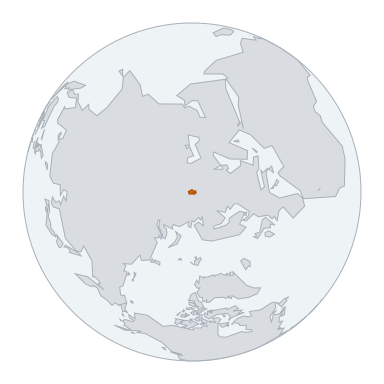 globe centered on Mariy-El, rotated 190°
{"feature_id": "RUS-2385", "entity_name": "Mariy-El", "entity_type": "Republic", "adm_level": 1, "iso_a3": "RUS", "parent_name": "Russia", "parent_adm1": "", "projection": "orthographic", "projection_center": [48.096, 56.579], "detail": "fine", "context": "on_globe", "style": "filled", "palette": "amber", "viewbox_px": 384, "rotation_deg": 190, "n_neighbors": 0, "source": "natural_earth", "source_scale": "10m", "svg_char_len": 12239}
<svg xmlns="http://www.w3.org/2000/svg" viewBox="0 0 384 384"><g transform="rotate(190 192 192)"><circle cx="192" cy="192" r="169" fill="#eef3f6" stroke="#a8b0b8"/><path d="M155.1,27.1L156.3,26.9L164.8,25.3L175.2,25.2L177.8,29.4L173.4,29.1L174.5,30.4L180.2,31.0L183.7,31.1L195.4,38.6L213.6,44.5L221.4,44.1L218.1,46.2L234.2,44.3L245.4,47.4L231.5,45.4L229.1,46.4L236.0,49.0L235.0,50.7L237.8,53.1L236.1,54.9L228.1,53.9L226.8,55.2L231.8,57.1L233.1,60.3L226.0,57.3L227.6,62.8L214.5,62.9L196.9,54.6L188.3,57.3L166.6,56.2L167.2,58.3L159.4,59.7L157.3,62.8L153.9,62.0L155.1,65.2L158.6,65.4L160.4,66.9L159.4,68.8L154.9,68.0L154.7,67.0L152.9,67.8L151.0,66.6L151.4,68.3L146.1,67.3L149.9,71.2L144.4,72.8L141.3,71.4L143.5,67.7L141.8,56.4L139.3,54.3L133.5,54.8L118.4,63.4L114.9,63.0L108.6,65.1L109.6,66.9L114.9,66.0L115.3,70.2L121.8,68.8L122.9,70.5L128.7,70.9L125.7,75.0L119.6,78.9L114.6,78.8L111.8,80.6L114.8,84.2L103.9,87.9L93.9,97.2L91.3,97.9L89.3,92.4L93.6,83.1L91.1,77.1L90.6,85.3L84.1,87.4L82.1,89.6L81.2,92.2L82.8,93.2L80.2,95.0L79.7,87.2L82.1,85.5L82.2,87.9L84.2,83.6L83.8,78.9L80.6,80.6L83.4,72.6L81.1,73.8L80.5,72.9L83.9,71.4L77.8,74.0L80.7,67.0L72.3,73.0L82.9,64.1L88.1,59.7L93.7,55.1L92.3,55.9L101.5,49.4L105.1,47.1L116.9,40.6L129.3,35.1L142.1,30.6L155.1,27.1ZM66.0,79.4L66.2,79.2L66.6,78.7L72.2,72.9L70.7,74.4L58.0,89.1L60.0,86.5L66.0,79.4ZM69.6,76.4L71.7,74.2L70.0,76.1L69.6,76.4ZM185.4,30.9L180.4,30.8L175.7,29.9L179.9,29.7L185.4,30.9ZM194.3,33.7L191.7,33.9L190.7,32.0L192.5,32.5L194.3,33.7ZM227.2,43.6L223.3,42.5L227.4,43.0L227.2,43.6ZM238.5,53.1L239.9,52.9L240.8,54.2L238.5,53.1ZM129.9,68.7L129.3,69.7L128.5,69.1L129.9,68.7ZM133.0,67.9L132.6,66.4L134.0,65.8L134.2,66.7L133.0,67.9ZM238.9,58.4L239.8,60.7L237.5,58.1L238.9,58.4ZM133.2,69.9L136.6,65.0L139.1,64.0L142.0,66.9L133.2,69.9ZM239.5,61.9L241.9,67.8L245.2,67.8L237.1,71.3L237.8,65.0L234.3,61.8L237.7,62.9L239.5,61.9ZM160.2,64.6L156.4,64.5L160.4,62.9L160.2,64.6ZM162.3,63.2L172.3,56.5L177.4,57.8L173.1,59.7L180.4,60.2L178.0,64.1L173.5,64.7L170.6,63.0L171.9,65.8L162.3,63.2ZM232.3,72.5L231.7,73.8L230.8,72.2L232.3,72.5ZM161.4,67.4L162.9,65.8L167.5,66.8L165.2,70.2L164.5,68.7L161.4,67.4ZM183.5,58.5L186.5,59.9L185.4,63.4L186.4,64.5L178.4,64.3L183.5,58.5ZM163.0,69.5L163.9,71.9L160.9,73.2L160.2,69.0L163.0,69.5ZM169.6,65.7L171.7,66.4L169.8,67.1L169.6,65.7ZM150.8,79.6L152.6,77.5L155.1,77.8L150.8,79.6ZM164.5,72.7L165.6,72.2L166.7,72.1L166.8,73.9L164.5,72.7ZM178.2,66.9L177.1,68.1L181.4,67.1L180.8,69.9L175.6,69.3L177.5,70.7L177.3,71.6L173.3,70.2L178.2,66.9ZM170.4,75.6L163.5,76.1L159.7,79.8L157.3,79.6L163.9,73.7L170.4,75.6ZM172.4,72.5L170.6,74.4L168.6,73.1L168.6,71.0L172.4,72.5ZM182.2,72.0L184.6,68.0L185.6,68.2L182.2,72.0ZM169.7,77.0L171.3,76.8L169.6,77.4L169.7,77.0ZM178.8,73.8L179.5,72.3L180.7,72.6L178.8,73.8ZM174.1,77.9L171.9,78.0L171.8,76.6L174.1,77.9ZM176.6,76.2L178.0,77.1L173.1,76.0L176.7,75.5L176.6,76.2ZM179.8,74.4L180.7,74.1L179.4,75.0L179.8,74.4ZM175.7,83.5L169.5,82.4L169.3,79.2L175.4,80.6L175.7,83.5ZM115.3,342.5L110.3,339.8L95.8,327.4L98.5,325.1L96.5,320.3L85.0,302.9L87.4,297.5L84.7,292.5L78.8,289.3L75.8,283.1L72.4,280.3L52.2,263.4L47.0,251.3L43.0,224.4L47.4,221.3L49.8,212.5L81.0,204.8L85.8,212.1L108.2,223.2L110.7,226.2L106.0,232.9L121.2,251.6L128.5,247.5L144.3,258.6L156.2,261.3L164.0,247.1L144.6,242.4L143.3,233.8L160.4,231.1L177.6,235.2L177.6,232.0L168.4,223.2L174.1,218.2L165.5,219.7L167.7,223.5L162.3,224.7L160.0,221.3L162.1,219.5L157.4,216.9L148.6,226.4L149.9,231.3L136.5,229.0L137.5,237.1L133.2,239.1L130.1,226.3L131.7,222.5L124.4,206.0L121.5,209.7L128.2,225.7L125.3,223.4L121.4,229.0L122.2,223.0L115.6,205.0L104.7,201.3L87.8,208.8L82.1,205.3L78.6,197.6L87.8,183.9L99.6,193.2L103.1,188.9L103.3,178.5L106.8,182.4L108.4,179.4L113.1,182.5L122.3,179.1L127.5,181.4L133.6,172.9L137.1,173.0L132.5,177.9L132.0,182.8L145.2,188.4L148.5,187.4L151.4,181.6L154.6,184.1L155.8,177.7L164.5,178.0L154.8,172.4L157.9,165.8L164.6,162.3L163.8,159.3L153.0,165.0L150.3,168.3L150.7,172.7L141.8,181.3L136.7,181.0L139.5,168.5L132.6,166.8L137.7,158.2L163.8,147.2L173.4,146.7L184.1,159.7L180.4,163.5L174.8,160.6L177.7,169.5L178.5,165.8L181.3,168.0L184.9,162.7L187.0,164.0L187.0,156.7L190.0,157.8L190.0,162.4L198.0,155.8L204.8,156.6L205.6,154.5L204.6,152.1L214.0,155.0L214.2,153.3L211.1,151.7L209.5,147.4L210.3,141.2L213.6,142.5L213.7,144.9L218.8,152.3L218.7,158.8L220.1,158.8L221.0,153.4L214.7,144.4L214.3,140.3L217.8,144.1L216.5,142.4L217.3,140.8L221.1,140.5L217.5,136.2L221.9,117.8L229.8,115.8L232.4,120.9L238.9,110.4L247.2,109.6L244.4,108.1L245.6,102.4L243.0,102.5L241.8,101.4L243.7,87.6L246.7,85.6L244.4,78.5L242.9,77.8L240.6,78.8L237.1,71.3L245.2,67.8L248.1,69.6L251.1,66.5L257.2,71.1L263.7,73.8L268.6,81.1L273.3,82.8L274.0,81.4L280.8,82.9L292.7,91.2L280.2,90.5L261.8,80.5L269.0,85.0L266.5,85.9L268.6,88.7L273.8,91.9L274.9,91.0L278.7,107.0L289.4,120.2L290.8,113.9L295.3,113.5L308.7,124.5L319.7,152.4L325.8,153.2L328.6,156.6L328.6,162.9L324.5,158.1L321.3,160.3L319.1,156.8L317.7,165.7L314.4,161.2L315.0,170.6L318.7,172.2L321.1,165.8L323.1,176.3L330.1,176.6L334.8,183.1L336.2,205.1L331.8,218.3L332.3,221.0L328.5,222.2L326.5,231.3L336.1,236.4L336.9,239.9L332.2,253.9L331.6,251.7L321.5,254.9L321.8,264.4L329.5,263.8L332.3,268.5L327.3,271.7L324.3,267.8L320.7,268.7L320.1,261.1L314.1,253.3L309.0,260.3L307.9,255.6L298.9,250.6L290.7,260.0L278.7,281.2L279.5,293.2L274.3,300.7L261.8,288.8L257.3,277.6L252.1,280.7L239.9,273.0L216.6,276.9L214.0,273.7L209.4,275.9L200.9,273.0L197.1,267.1L191.7,267.7L202.0,282.7L207.9,282.0L213.8,275.6L215.4,280.9L223.7,284.4L212.2,298.1L178.7,308.8L176.6,299.6L157.3,269.3L158.5,266.1L158.5,265.7L158.3,265.0L155.3,269.9L152.4,263.4L161.5,285.4L162.5,293.7L178.3,309.3L176.5,310.5L181.9,313.6L200.7,310.3L200.5,313.2L191.0,325.8L166.0,338.5L170.0,346.7L169.4,352.0L155.4,352.6L158.3,355.6L151.3,354.8L151.9,355.7L147.2,354.9L144.8,354.2L129.8,349.1L115.3,342.5ZM68.2,214.8L66.8,217.2L66.8,217.3L68.2,214.8ZM194.6,247.0L205.7,247.5L202.7,237.4L206.8,236.8L204.3,233.7L202.5,236.6L196.7,227.9L202.3,224.8L202.0,220.2L198.2,219.8L189.0,227.0L197.2,239.4L193.7,243.5L194.6,247.0ZM47.0,105.5L45.0,109.1L46.7,106.0L47.0,105.5ZM54.3,94.0L54.0,94.5L56.2,91.4L48.6,102.8L51.3,98.4L54.3,94.0ZM68.5,77.0L66.9,78.8L66.7,78.9L68.5,77.0ZM68.4,77.8L68.8,77.3L70.1,76.1L68.4,77.8ZM84.1,87.8L84.1,88.5L82.7,91.2L82.3,90.0L84.1,87.8ZM82.5,103.0L78.2,105.6L81.0,102.9L79.7,101.6L84.0,94.5L90.2,97.9L86.6,97.5L82.5,103.0ZM91.4,86.4L88.0,90.2L91.5,85.9L91.4,86.4ZM112.2,161.1L113.0,164.5L109.9,167.1L103.4,164.9L107.7,161.1L112.2,161.1ZM114.7,168.9L119.3,157.5L123.6,158.6L120.4,159.9L122.8,161.8L118.3,164.3L117.9,176.8L115.2,179.9L104.6,173.8L109.5,174.0L108.5,170.5L114.7,168.9ZM123.5,129.0L125.5,124.8L132.1,132.6L129.4,135.7L122.7,133.6L121.9,128.7L123.5,129.0ZM137.8,76.3L138.2,74.7L139.4,74.9L140.2,76.4L137.8,76.3ZM151.4,78.6L137.6,83.8L137.3,82.1L129.6,87.5L125.8,85.3L130.9,81.8L122.2,84.4L125.3,80.3L119.5,82.6L131.3,75.1L133.8,71.8L132.5,76.3L135.9,78.3L138.1,78.2L146.3,75.6L153.2,69.9L157.7,71.3L159.0,73.8L158.1,75.3L155.4,73.9L156.0,77.1L151.5,76.2L151.4,78.6ZM172.0,106.1L169.4,103.1L169.8,110.6L165.2,109.3L165.6,110.2L161.5,111.1L157.1,114.0L155.3,112.7L154.4,114.4L151.7,115.1L149.8,117.0L145.9,115.6L143.3,117.9L143.0,115.9L139.5,120.3L140.4,116.4L136.9,117.2L137.9,120.5L121.9,109.5L114.5,108.3L107.8,109.5L110.2,103.1L118.0,98.0L127.9,94.8L134.7,97.0L134.6,93.9L137.8,94.1L136.6,96.5L140.4,93.0L142.7,93.8L151.5,91.8L155.6,86.5L158.9,85.7L158.5,88.2L162.1,85.7L163.5,90.1L166.0,89.7L169.8,93.7L167.5,99.0L170.4,98.2L173.4,101.4L172.0,106.1ZM176.6,84.7L174.9,91.0L171.6,93.5L166.4,85.6L164.0,85.3L160.5,80.6L165.3,77.2L165.9,78.8L167.6,79.6L165.4,80.4L168.4,80.4L169.2,82.7L171.8,83.4L170.5,85.2L176.6,84.7ZM114.8,224.8L116.9,226.4L120.5,227.8L118.1,231.4L114.8,224.8ZM110.1,212.7L112.2,213.3L110.6,218.9L108.4,217.4L110.1,212.7ZM114.7,209.0L112.4,212.9L112.4,209.9L114.7,209.0ZM134.6,178.2L137.0,178.6L136.7,180.1L134.7,181.7L134.6,178.2ZM172.2,129.0L171.2,126.6L172.2,126.1L173.5,120.5L176.9,121.2L177.5,124.8L172.2,129.0ZM159.9,249.1L155.7,251.3L154.3,249.5L156.0,249.1L159.9,249.1ZM135.3,242.0L140.3,245.8L134.6,242.9L135.3,242.0ZM176.1,128.8L176.2,126.4L177.9,128.3L176.1,128.8ZM179.5,121.5L181.7,123.1L177.5,120.6L179.5,121.5ZM198.8,352.4L189.3,359.1L181.2,358.8L178.8,357.2L181.7,353.1L190.9,351.9L195.2,349.3L198.8,352.4ZM349.4,253.0L350.9,249.5L350.7,250.0L349.4,253.0ZM348.0,255.7L349.9,251.4L347.4,257.3L348.0,255.7ZM350.6,249.7L352.6,244.3L353.4,241.7L353.1,242.9L350.6,249.7ZM346.6,258.7L337.2,274.1L333.1,278.8L334.5,276.0L341.1,266.8L346.6,258.7ZM334.1,276.4L327.3,280.7L315.4,278.5L319.7,274.9L331.6,271.2L331.0,273.3L335.1,271.6L334.1,276.4ZM349.1,246.2L348.3,251.1L343.5,259.4L341.2,262.6L339.6,260.0L340.5,255.8L342.6,252.8L348.6,230.9L351.1,228.7L349.7,236.7L351.6,236.7L349.1,246.2ZM280.3,293.9L284.8,298.3L281.7,300.9L280.3,293.9ZM349.6,218.7L348.1,228.3L349.0,217.7L349.6,218.7ZM349.2,210.3L350.1,212.2L348.5,212.2L349.2,210.3ZM333.6,224.4L331.5,228.2L330.8,226.6L333.0,220.8L333.6,224.4ZM338.4,188.7L341.0,193.8L341.6,196.2L339.3,194.7L338.4,188.7ZM205.8,133.1L200.2,139.9L198.5,145.7L201.1,150.1L195.1,147.0L197.7,138.1L205.8,133.1ZM219.6,119.4L217.3,115.9L219.8,115.7L220.7,116.4L219.6,119.4ZM217.1,118.5L211.4,117.5L211.1,114.4L215.7,115.8L217.1,118.5ZM193.6,122.9L191.7,124.8L190.4,123.2L193.6,122.9ZM359.8,211.3L359.8,211.6L360.3,206.4L359.5,212.1L360.5,203.4L360.6,203.7L359.8,211.3ZM357.6,224.2L357.4,225.5L356.9,226.7L357.6,224.2ZM358.2,221.0L359.2,216.0L358.0,222.4L358.2,221.0ZM352.8,235.0L353.4,235.9L355.4,228.9L353.8,235.3L354.7,235.8L354.1,238.6L353.3,237.7L352.2,243.6L351.3,245.8L351.2,243.2L352.4,236.0L353.4,231.6L356.7,221.1L352.8,235.0ZM358.4,217.9L358.0,216.5L358.2,213.3L358.7,213.2L358.4,217.9ZM356.0,213.8L354.1,214.3L353.0,219.3L354.5,206.7L356.2,208.4L356.0,213.8ZM353.2,209.2L352.3,214.0L352.8,207.4L353.2,209.2ZM351.7,213.6L350.8,211.4L351.9,209.0L351.7,213.6ZM353.9,207.5L352.8,202.5L354.0,203.7L353.9,207.5ZM348.3,206.6L352.0,205.1L348.5,210.8L344.9,202.4L346.2,199.0L348.3,206.6ZM333.6,152.2L331.4,150.4L331.6,146.8L333.1,149.1L333.6,152.2ZM330.1,134.1L330.9,145.3L331.2,154.6L332.7,153.7L335.6,159.6L331.6,158.7L329.0,149.0L329.4,142.8L326.4,138.3L324.7,131.9L320.3,128.1L318.6,124.4L322.7,126.0L330.1,134.1ZM318.3,126.8L310.0,118.9L311.8,114.2L314.0,114.9L317.1,120.4L316.0,122.6L318.3,126.8ZM308.6,115.7L307.4,117.7L292.8,112.1L290.1,109.8L302.2,111.2L301.7,113.3L305.0,115.6L308.6,115.7ZM233.5,74.2L231.9,73.9L233.3,73.2L233.5,74.2ZM240.3,101.6L238.9,99.9L240.6,99.0L240.3,101.6ZM235.7,94.8L234.8,97.0L234.4,94.1L235.7,94.8ZM233.0,102.1L233.8,97.6L235.0,102.7L233.0,102.1Z" fill="#d9dde1" stroke="#a8b0b8" stroke-width="1"/><path d="M195.2,191.8L195.4,191.9L195.4,192.0L195.2,192.1L195.1,192.3L195.1,192.2L195.0,192.3L194.9,192.3L194.7,192.3L194.8,192.2L194.7,192.1L194.4,192.2L194.4,192.3L194.2,192.4L194.1,192.5L193.9,192.6L193.7,192.6L193.5,192.8L193.4,192.9L193.4,193.0L193.5,193.0L193.4,193.2L193.4,193.3L193.2,193.4L193.2,193.5L193.0,193.8L192.9,193.9L192.7,194.0L192.4,194.2L192.2,194.0L191.9,193.9L191.8,193.7L191.7,193.6L191.7,193.4L191.1,193.2L190.9,193.2L190.8,192.8L190.8,192.7L190.6,192.7L190.6,192.8L190.4,192.8L190.2,192.9L189.8,193.2L189.8,193.3L189.7,193.3L189.4,193.3L189.2,193.3L188.9,193.5L188.7,193.5L188.7,193.4L188.7,193.2L188.4,193.0L188.4,192.9L188.4,192.7L188.5,192.7L188.5,192.4L188.4,192.4L188.2,192.4L188.0,192.2L188.0,191.9L188.3,191.8L188.5,191.7L188.4,191.6L188.5,191.5L188.5,191.4L188.5,191.2L188.8,191.1L189.0,191.0L189.1,190.9L189.5,190.9L189.5,191.0L189.5,190.9L189.6,191.0L189.6,190.9L189.8,190.8L190.0,190.9L190.3,191.0L190.3,190.9L190.5,191.0L190.4,191.2L190.5,191.3L190.6,191.2L190.8,191.2L191.0,191.1L191.2,190.9L191.3,190.7L191.5,190.7L191.4,190.6L191.5,190.6L191.6,190.8L191.7,190.7L191.8,190.8L191.8,190.7L191.9,190.8L192.0,190.8L192.2,190.7L192.2,190.4L192.3,190.3L192.5,190.4L192.8,190.2L192.8,190.3L193.0,190.2L193.2,190.3L193.2,190.5L193.4,190.5L193.4,190.4L193.5,190.3L193.5,190.2L193.5,189.9L193.8,189.9L193.7,190.0L193.7,190.3L193.8,190.4L193.8,190.5L194.1,190.6L194.3,190.6L194.6,190.5L194.6,190.8L194.6,191.0L194.8,191.0L195.0,191.1L195.2,191.3L195.2,191.5L195.2,191.8L195.2,191.8Z" fill="#f59e0b" stroke="#b45309" stroke-width="1.5"/></g></svg>